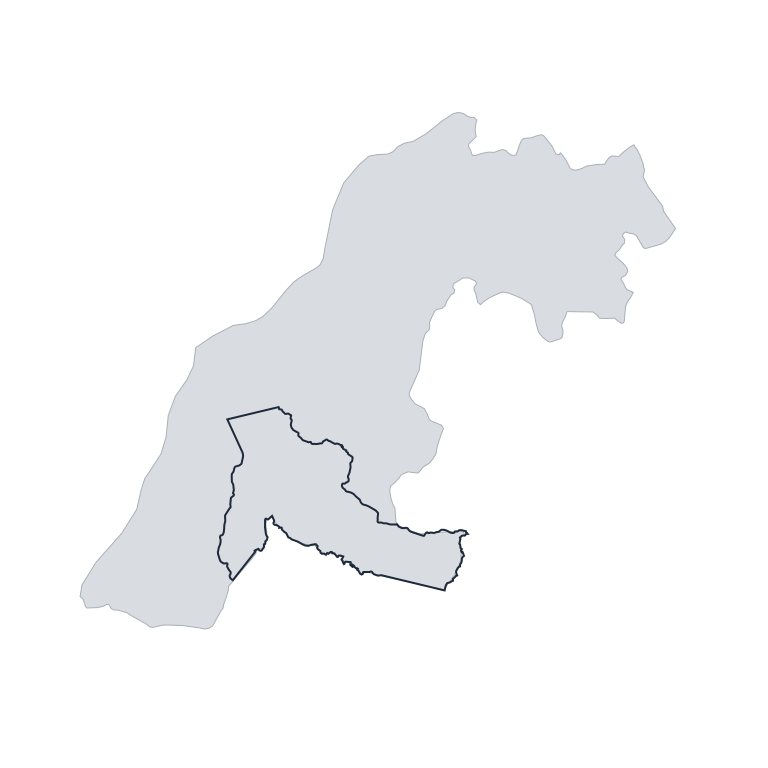 location of Sangha within Republic of the Congo, rotated 193°
{"feature_id": "COG-2880", "entity_name": "Sangha", "entity_type": "Region", "adm_level": 1, "iso_a3": "COG", "parent_name": "Republic of the Congo", "parent_adm1": "", "projection": "orthographic", "projection_center": [15.265, 1.384], "detail": "fine", "context": "in_parent", "style": "outline", "palette": "slate", "viewbox_px": 768, "rotation_deg": 193, "n_neighbors": 0, "source": "natural_earth", "source_scale": "10m", "svg_char_len": 9823}
<svg xmlns="http://www.w3.org/2000/svg" viewBox="0 0 768 768"><g transform="rotate(193 384 384)"><path d="M134.9,601.0L138.8,590.8L141.7,586.1L145.3,582.8L159.6,574.8L161.8,575.1L171.7,585.5L174.9,586.4L178.4,586.1L182.6,586.5L184.6,584.5L184.9,581.8L181.9,578.8L181.4,575.5L183.5,572.0L184.7,568.2L187.8,563.6L188.1,561.4L184.8,559.1L178.1,555.4L173.6,552.0L171.8,548.6L173.0,544.4L176.7,541.0L176.5,539.1L173.2,536.0L170.8,532.7L168.4,530.6L161.7,529.3L162.9,524.9L165.4,518.3L166.0,513.3L164.1,500.1L164.2,497.7L166.1,496.5L170.1,497.9L174.1,500.0L185.2,497.1L189.0,496.7L192.2,499.2L196.6,501.2L222.0,495.7L222.5,490.1L223.9,485.0L224.1,481.2L223.1,478.8L221.8,476.9L221.0,473.1L221.0,469.0L223.4,467.1L231.5,462.2L234.1,462.4L239.7,465.1L245.1,469.2L249.8,478.0L253.1,485.5L258.3,494.6L269.4,498.4L282.7,500.7L289.8,500.1L300.0,492.4L305.8,486.3L307.7,483.0L311.1,484.7L314.9,492.7L317.4,495.8L318.0,498.8L316.3,502.4L317.9,504.8L325.1,506.5L331.3,504.9L334.1,501.7L338.8,497.4L338.8,493.8L336.3,491.5L336.3,488.3L338.9,485.8L341.4,479.0L342.2,473.9L344.7,470.7L349.3,468.5L351.0,466.5L353.6,454.6L352.3,450.3L352.3,446.8L355.2,442.2L355.8,434.8L352.8,405.4L357.4,381.8L357.0,378.8L353.7,375.2L349.6,371.8L339.2,369.1L335.3,364.7L332.2,360.1L330.0,358.6L318.6,356.8L316.1,354.1L317.1,346.6L318.1,335.6L317.7,327.9L319.7,321.6L322.0,317.0L327.1,312.1L329.8,306.3L331.2,304.8L340.8,303.8L344.3,301.4L347.0,299.0L348.2,295.7L351.4,290.2L354.4,286.5L354.7,284.0L354.1,280.5L351.2,273.6L347.7,267.9L345.6,265.9L341.4,252.4L337.5,249.2L329.8,247.5L315.5,246.0L306.8,248.4L293.6,252.9L277.0,257.8L273.2,257.3L271.4,255.3L274.0,253.5L275.3,249.4L273.6,243.6L271.1,238.2L269.6,230.7L270.3,221.3L272.8,212.5L278.1,201.1L278.4,196.4L310.3,196.7L344.6,196.5L357.7,196.9L364.0,194.0L370.0,198.4L373.0,199.4L374.0,199.1L376.3,202.2L383.7,201.9L384.9,202.6L385.6,206.4L392.5,206.3L395.9,207.2L398.7,207.1L402.7,204.9L405.6,205.6L410.9,208.5L414.7,210.9L419.9,210.1L432.1,210.6L441.5,212.9L450.8,219.5L457.1,223.2L462.7,228.8L464.7,227.8L467.8,225.6L467.7,220.8L464.6,212.7L463.4,205.8L464.1,200.1L466.4,196.0L470.5,193.6L470.9,189.2L489.9,151.8L489.3,147.5L489.7,141.0L490.6,133.8L490.4,129.5L491.7,126.6L496.6,109.7L499.3,106.9L503.5,104.9L509.5,104.8L525.4,103.4L540.1,100.6L545.0,99.4L554.3,94.9L557.9,94.7L560.9,96.4L578.8,101.6L583.7,103.6L585.5,103.3L588.2,103.7L592.4,103.8L596.5,103.1L599.1,103.7L602.4,107.1L604.6,106.8L607.5,104.3L612.8,101.7L623.2,98.9L624.9,100.2L628.5,106.4L632.3,108.5L633.1,120.2L624.5,145.5L606.0,179.5L596.7,206.3L596.8,225.9L595.8,238.2L592.8,245.7L585.5,266.0L584.4,283.4L587.1,304.7L584.6,324.9L576.9,344.0L573.7,359.0L575.6,377.1L561.6,392.2L544.0,407.2L532.6,411.5L523.7,416.5L517.4,422.3L510.7,432.3L500.2,453.8L494.8,463.2L487.6,471.2L477.0,481.0L473.1,485.7L471.5,492.4L472.2,504.8L473.2,542.4L468.4,571.2L458.0,591.3L450.1,602.5L442.3,605.9L432.0,608.9L427.1,612.7L424.1,618.2L418.4,623.1L409.9,627.2L399.2,637.4L386.3,653.6L377.5,662.9L372.7,665.3L367.8,665.5L362.7,663.6L358.5,663.3L356.4,664.2L353.0,662.0L353.0,658.2L352.4,652.0L349.9,645.7L355.5,636.7L355.1,634.6L352.4,631.4L349.4,626.7L346.6,627.0L340.7,630.6L334.5,633.4L328.8,634.5L321.7,639.0L317.8,639.0L315.6,637.3L310.9,635.6L308.3,636.2L306.8,637.0L305.7,647.8L304.8,652.5L303.1,654.7L295.9,657.0L291.0,660.2L286.8,662.3L284.2,661.8L273.8,653.6L268.3,646.9L265.0,646.7L264.1,648.9L262.4,647.8L257.3,643.4L251.3,636.3L249.1,635.2L245.8,635.3L240.6,637.9L235.4,642.0L226.1,645.7L218.4,647.8L217.7,650.4L215.9,654.8L213.3,657.5L206.4,658.4L204.0,662.3L198.1,669.8L194.2,673.3L193.1,671.8L190.7,670.0L185.8,664.1L181.0,656.8L179.7,653.4L178.3,651.5L178.1,644.2L170.8,635.5L152.5,619.9L150.5,615.3L134.9,601.0Z" fill="#d9dde1" stroke="#a8b0b8" stroke-width="1"/><path d="M269.7,238.0L268.5,236.3L267.4,234.4L268.6,233.0L268.8,231.4L268.4,228.4L268.6,227.0L269.1,225.7L269.3,224.6L268.8,223.4L269.7,222.9L270.3,222.1L270.8,221.1L271.5,218.6L271.6,217.5L271.4,216.8L271.0,216.3L270.5,215.0L269.6,213.9L269.9,213.6L270.7,213.3L271.6,211.5L272.8,210.1L273.0,209.4L272.6,208.2L272.6,207.6L273.6,207.1L274.8,205.8L275.2,205.5L277.6,204.2L278.2,202.6L278.5,200.5L278.5,196.5L343.2,197.1L343.9,197.0L346.8,195.9L351.0,196.4L352.1,197.0L353.3,198.2L354.3,198.4L354.7,198.3L356.0,197.5L361.3,196.3L361.9,196.1L362.1,195.6L362.0,194.9L361.9,194.3L362.9,193.3L364.6,193.8L366.8,196.3L368.4,197.0L367.8,198.0L368.5,198.4L370.2,198.3L371.2,198.9L372.5,200.2L373.5,200.6L373.0,199.0L373.5,198.7L375.3,199.7L374.3,200.4L373.9,200.6L374.6,200.8L376.2,200.6L376.3,201.1L376.2,202.6L376.4,202.9L380.5,202.4L381.5,202.2L382.0,201.6L382.1,199.9L382.5,199.5L383.5,200.5L384.4,201.8L384.6,202.4L385.9,203.3L385.2,205.2L384.9,206.8L387.6,207.0L389.0,206.9L389.6,206.6L390.1,205.0L390.8,205.0L394.0,207.6L395.0,207.9L396.3,207.4L397.1,208.6L398.2,208.3L399.3,207.2L399.9,206.1L400.3,206.1L401.3,206.5L402.2,204.5L404.3,205.3L406.2,204.6L407.7,205.2L408.0,205.6L408.6,207.0L411.2,208.1L411.8,208.5L412.1,209.0L412.3,209.5L412.1,210.7L412.2,211.0L412.7,211.6L413.0,211.6L414.6,212.3L414.6,212.5L415.3,212.4L416.6,211.7L417.9,211.3L421.3,209.3L424.3,208.9L427.2,209.4L432.8,211.1L439.2,211.8L439.5,212.1L440.2,212.5L441.0,212.8L442.6,213.0L443.0,213.3L445.6,216.6L446.4,217.0L448.2,217.6L449.8,218.7L450.4,219.0L450.9,219.5L451.1,220.5L451.4,221.0L452.2,221.0L453.8,220.3L454.0,221.3L455.0,221.8L456.3,222.1L457.4,222.5L458.1,222.2L458.9,222.2L459.6,222.5L460.2,223.0L460.5,223.8L460.2,225.0L460.2,225.7L460.8,226.9L463.4,230.3L466.4,226.0L467.0,225.8L468.4,226.3L469.1,226.0L469.3,224.9L467.7,217.6L465.5,211.7L464.3,209.7L463.7,209.2L463.3,209.0L463.0,208.6L463.0,206.2L463.1,205.5L464.2,204.1L464.2,203.5L463.8,202.2L463.8,201.5L464.0,201.2L464.7,201.1L464.9,200.1L464.4,198.9L464.3,198.1L464.4,197.3L465.2,195.8L465.7,194.3L466.7,193.7L468.1,193.9L469.3,195.1L472.0,193.1L472.6,192.4L472.2,191.8L471.8,191.5L487.2,158.8L489.9,160.1L490.7,161.2L491.2,162.2L491.3,162.8L490.9,164.0L490.8,164.7L491.0,165.9L491.4,166.5L493.0,167.7L495.5,170.4L495.8,171.0L495.9,171.6L496.0,173.3L496.3,173.9L496.8,173.9L497.3,173.9L498.9,173.3L500.0,173.1L502.3,173.9L503.5,174.6L504.3,175.6L507.6,181.3L507.9,182.3L508.1,183.1L508.0,184.7L508.2,186.8L507.6,191.1L507.8,194.2L508.5,196.3L509.2,197.3L509.4,198.6L509.2,199.5L507.9,200.2L507.5,200.6L507.2,201.0L506.9,202.6L506.8,203.7L507.3,207.8L507.7,209.4L507.9,212.1L507.8,213.5L507.8,214.6L508.7,218.0L509.2,219.3L509.2,220.2L509.1,220.8L506.6,227.9L505.9,229.0L505.8,229.8L506.7,232.1L507.5,238.3L507.4,238.8L507.1,239.3L505.6,241.1L505.4,241.6L505.3,242.3L505.5,242.8L506.5,243.6L506.6,244.1L506.4,246.4L506.6,247.3L508.0,251.3L508.5,252.4L509.8,253.9L510.3,254.7L511.8,260.5L512.0,261.8L511.8,262.7L511.5,263.2L511.2,264.0L510.9,265.0L510.9,268.5L510.8,269.0L510.6,269.5L510.3,269.9L509.9,270.3L506.8,272.0L506.3,272.5L505.1,273.9L504.9,274.8L505.0,281.5L505.4,283.3L506.5,285.5L528.7,314.3L481.5,337.8L481.1,337.3L480.5,335.9L478.2,336.0L477.8,335.9L477.3,335.5L476.6,334.4L475.3,333.8L473.9,332.8L473.3,332.7L472.9,332.7L471.3,333.5L470.3,333.6L468.6,332.9L467.6,332.7L467.4,332.5L467.3,332.3L467.4,330.2L467.3,329.6L467.0,329.0L465.9,328.2L465.7,327.7L465.7,323.4L464.5,321.0L464.1,320.5L463.3,319.9L462.4,319.0L461.8,318.7L459.0,317.8L457.4,317.5L456.7,317.2L456.4,317.0L456.1,316.4L456.0,314.8L455.7,314.2L455.4,314.0L454.8,313.7L453.2,313.0L452.4,312.5L451.9,312.0L450.4,311.0L448.2,310.7L446.6,310.6L444.6,310.2L443.4,310.8L442.8,311.0L442.3,310.9L442.0,310.8L441.5,309.8L441.0,309.6L440.5,309.5L439.4,309.6L438.5,310.0L436.2,310.3L435.4,310.7L434.0,311.1L433.2,311.7L431.3,312.1L431.1,312.4L430.8,313.0L430.5,314.0L430.2,314.6L429.0,315.6L428.0,316.7L427.6,317.0L427.2,317.0L426.5,316.8L425.5,316.2L424.8,316.1L423.4,316.1L422.3,315.6L418.4,314.6L417.5,314.9L416.6,315.4L416.1,315.4L414.5,315.3L412.4,314.7L411.6,315.0L411.3,314.9L411.1,314.7L411.3,313.5L411.2,313.3L410.9,313.0L410.7,313.0L410.0,313.6L409.8,313.4L409.7,312.3L409.2,311.7L406.7,311.0L406.2,311.0L405.8,310.8L405.7,310.6L405.7,309.9L405.1,309.4L404.0,309.1L403.7,308.9L403.4,307.9L402.7,307.4L398.9,306.0L398.5,305.8L398.2,305.5L398.0,304.8L397.7,302.4L397.8,301.4L398.8,299.8L398.9,299.4L398.9,298.7L398.0,295.9L397.8,294.8L397.7,289.9L398.3,286.4L398.3,285.9L398.2,285.2L397.1,283.6L396.9,282.9L396.7,281.4L396.9,281.0L397.6,280.5L398.0,279.9L398.8,279.4L399.4,278.5L399.6,278.3L400.6,277.9L401.8,277.7L402.0,277.5L402.3,276.9L402.3,276.4L402.2,275.8L401.3,273.9L400.4,273.3L398.0,272.2L397.0,271.0L396.6,270.9L396.1,270.8L393.9,270.9L392.2,270.8L390.5,270.5L388.7,269.9L386.2,268.2L381.7,265.9L381.2,265.3L380.4,264.0L379.9,263.4L378.4,262.3L377.6,262.0L376.4,261.8L375.3,261.9L371.7,261.4L364.5,259.2L363.1,258.6L361.1,257.2L360.8,256.8L360.6,256.3L360.1,252.0L359.6,250.5L359.4,248.8L359.0,248.2L358.7,247.9L358.3,247.8L355.1,248.4L353.2,248.2L352.8,248.2L351.8,248.5L349.8,248.8L346.8,248.5L346.0,248.6L343.5,249.2L342.2,249.4L341.1,249.7L340.1,250.2L340.0,249.9L339.2,249.7L337.7,248.5L335.0,247.8L333.7,247.7L332.5,248.0L330.1,248.9L328.7,248.8L327.7,248.1L326.7,247.1L325.5,246.4L324.3,246.1L311.7,244.9L310.8,245.2L310.1,247.2L309.3,248.8L309.1,248.9L308.4,249.2L307.0,248.7L306.6,248.9L305.4,249.7L304.1,249.9L301.6,250.1L299.8,251.4L297.4,252.3L295.8,254.4L295.0,255.0L292.8,255.4L290.7,255.4L288.7,255.0L286.4,254.2L285.3,254.1L283.9,254.2L282.6,254.6L282.0,255.1L281.6,256.3L280.5,256.6L279.3,256.8L278.0,258.3L276.8,258.8L275.4,259.1L273.1,258.9L271.8,259.1L271.1,259.0L270.9,258.1L270.3,257.7L269.5,257.4L268.8,256.8L270.0,256.6L270.5,255.8L270.8,254.9L271.3,254.4L272.3,254.3L273.4,253.9L274.3,253.3L275.0,251.9L275.4,251.7L275.5,251.4L274.7,250.1L274.7,245.9L274.7,245.3L273.7,244.7L272.5,241.4L271.1,240.7L271.5,239.8L271.4,238.9L271.0,238.1L270.2,237.5L269.7,238.0Z" fill="none" stroke="#1e293b" stroke-width="2"/></g></svg>